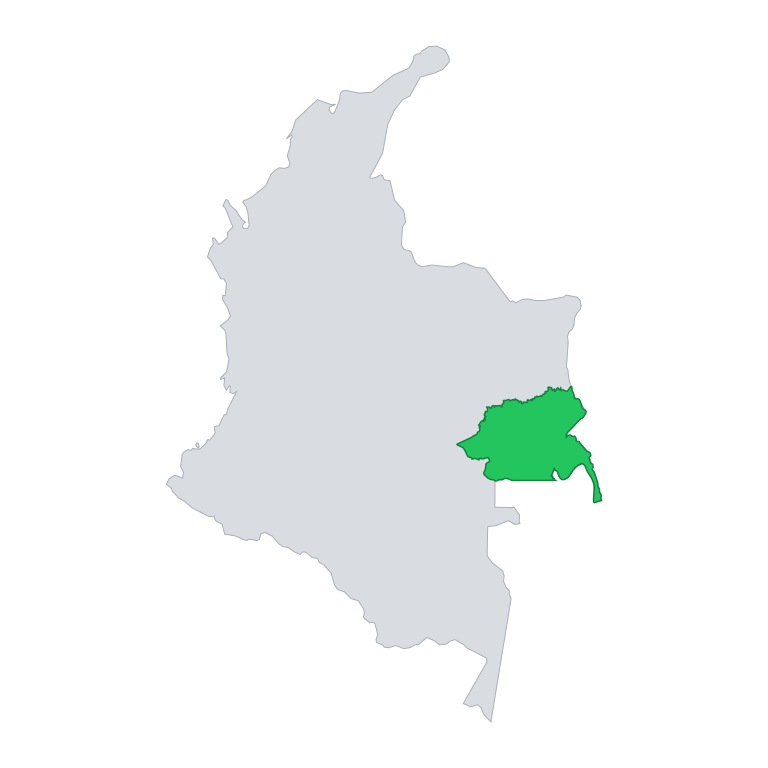 Colombia, with Guainía highlighted
{"feature_id": "COL-1424", "entity_name": "Guainía", "entity_type": "Commissiary", "adm_level": 1, "iso_a3": "COL", "parent_name": "Colombia", "parent_adm1": "", "projection": "robinson", "projection_center": [-68.772, 2.606], "detail": "fine", "context": "in_parent", "style": "filled", "palette": "green", "viewbox_px": 768, "rotation_deg": 0, "n_neighbors": 0, "source": "natural_earth", "source_scale": "10m", "svg_char_len": 9758}
<svg xmlns="http://www.w3.org/2000/svg" viewBox="0 0 768 768"><path d="M442.9,69.2L435.2,72.8L420.2,77.1L409.8,96.2L402.7,99.5L394.0,110.8L387.6,124.8L382.6,153.2L369.7,177.4L370.8,178.4L375.9,177.4L380.7,174.7L382.4,175.5L384.2,179.8L390.0,180.8L394.6,200.3L403.5,210.3L404.4,214.2L405.6,222.3L402.4,227.2L401.5,245.1L404.2,249.5L410.9,251.3L415.3,262.4L418.0,265.0L422.1,266.7L431.8,265.0L449.4,266.9L453.5,266.6L463.4,262.7L475.9,267.5L485.1,268.2L510.2,301.9L512.7,300.9L515.8,302.8L522.2,299.4L527.7,298.9L534.9,300.5L544.3,300.5L563.4,297.1L566.2,295.1L576.6,297.1L579.7,299.6L581.2,305.9L580.0,309.7L576.4,313.7L574.4,318.7L574.0,324.8L572.1,329.3L568.8,332.2L567.5,336.5L568.2,342.1L566.4,367.4L567.8,369.5L569.0,379.9L573.3,393.5L575.4,397.4L579.1,400.5L585.9,411.7L584.3,415.4L567.1,432.9L566.3,436.9L569.6,435.3L574.9,436.9L576.7,441.1L589.5,453.3L589.3,457.9L592.9,467.0L592.3,469.1L601.2,495.1L601.5,500.6L594.1,502.1L593.8,484.7L592.8,481.1L584.4,465.6L582.7,464.3L577.1,466.1L567.8,477.6L563.5,479.3L560.0,477.7L556.6,470.9L554.3,469.6L552.1,475.3L554.9,480.4L514.0,480.4L506.0,478.3L495.0,480.9L494.9,507.2L514.3,507.6L519.6,515.1L519.1,521.3L519.9,523.5L515.3,524.7L508.5,520.6L496.5,525.5L487.7,526.7L487.1,555.8L492.4,563.0L502.7,570.8L504.2,576.1L503.5,581.1L506.0,587.4L509.3,590.7L509.3,594.4L511.1,598.6L490.9,721.9L483.7,714.4L481.0,707.6L477.5,704.8L470.7,706.9L463.3,703.5L487.0,661.7L486.2,657.9L466.4,647.7L464.4,645.1L455.0,639.6L449.8,641.2L446.8,644.0L439.6,644.8L433.8,640.4L426.9,637.5L418.6,644.5L416.1,644.4L410.2,647.5L403.9,648.7L395.7,645.5L389.0,647.7L384.4,647.2L382.6,645.0L376.7,642.5L376.1,639.7L377.7,634.5L375.2,624.4L374.2,622.7L369.7,622.5L364.5,618.8L363.4,616.6L364.5,612.5L363.5,608.9L358.4,600.8L351.3,598.7L344.4,591.9L337.6,589.5L334.4,584.7L331.4,573.7L324.3,565.2L319.3,562.3L317.6,558.3L312.5,557.8L305.6,552.2L302.5,551.9L300.3,554.5L293.9,551.7L288.4,547.6L282.7,546.5L279.0,544.0L272.3,536.2L265.0,532.4L260.8,533.7L259.4,539.6L257.0,540.6L248.6,539.1L247.2,540.4L245.0,540.1L234.8,535.8L224.7,534.2L222.2,524.4L215.7,520.8L213.8,516.2L209.2,516.7L192.0,507.8L184.9,501.6L178.8,498.1L172.4,491.2L171.4,488.4L166.5,484.3L168.9,479.1L174.8,475.2L182.6,478.2L183.5,472.2L180.7,466.8L182.1,454.6L184.1,451.9L188.4,449.5L191.0,450.4L192.7,448.4L199.0,449.3L200.9,448.4L205.7,443.6L207.8,439.6L210.0,440.0L215.1,433.4L214.3,426.9L219.1,425.4L224.2,414.7L226.4,414.4L227.6,409.3L236.5,391.5L233.2,393.6L229.8,392.3L230.3,386.3L229.3,385.6L226.4,390.2L223.9,385.5L224.6,377.9L220.6,379.4L220.8,377.6L226.6,371.8L229.0,358.7L227.1,354.0L226.0,334.3L225.0,330.6L220.3,325.7L227.8,320.0L230.5,315.8L227.2,307.1L222.7,299.7L222.6,295.3L225.3,295.7L226.4,283.5L223.9,278.9L220.8,278.8L211.0,260.8L207.5,257.0L210.2,248.4L213.2,244.6L212.6,238.0L214.6,238.3L218.8,244.3L220.6,243.4L227.3,237.7L227.5,232.4L232.9,226.9L225.4,208.5L222.9,205.6L226.0,199.7L227.7,200.0L230.6,205.8L235.3,209.6L242.2,219.8L245.2,222.1L243.0,224.4L242.5,226.9L243.5,228.2L247.5,228.6L249.1,225.7L248.0,213.2L246.4,207.0L242.8,202.5L244.0,200.7L251.1,197.6L265.8,185.7L270.9,174.5L274.8,170.4L279.2,167.8L284.5,168.4L288.7,167.0L289.9,163.4L287.3,155.7L290.4,145.0L290.3,139.6L292.4,136.4L291.7,135.1L286.3,138.9L291.9,131.4L295.8,119.9L317.3,99.7L331.2,104.6L335.6,104.3L329.8,106.8L329.0,109.7L331.0,112.8L333.1,113.7L334.9,111.7L339.6,99.9L340.3,93.4L342.4,91.1L345.4,90.3L359.0,93.1L371.9,92.2L393.0,75.3L408.9,68.1L412.9,61.2L413.9,56.0L416.8,53.9L419.8,53.9L421.7,51.1L428.9,46.6L436.8,46.1L445.0,50.0L448.8,57.0L449.4,61.7L442.9,69.2ZM199.2,447.1L198.3,448.0L196.4,446.4L195.8,444.4L196.9,442.9L198.4,443.4L199.2,447.1Z" fill="#d9dde1" stroke="#a8b0b8" stroke-width="1"/><path d="M594.7,502.6L593.9,502.5L593.6,501.5L593.5,499.3L594.4,487.7L594.1,485.1L592.8,480.8L591.4,477.7L587.5,471.8L586.7,470.1L585.5,466.9L584.8,465.4L583.9,464.4L583.3,464.1L581.8,463.5L581.3,463.4L580.9,463.6L580.3,464.4L580.0,464.5L578.7,464.7L578.1,465.2L577.2,466.1L575.8,466.9L573.0,470.2L568.7,476.7L567.6,477.8L566.2,478.7L565.0,479.2L563.8,479.6L562.5,479.6L561.3,479.2L560.1,478.1L559.1,476.5L558.4,474.8L557.6,472.2L557.2,471.4L556.7,470.8L555.9,470.5L555.1,470.3L554.9,470.2L554.6,469.9L554.5,469.6L554.5,468.7L554.3,468.5L554.0,468.8L551.9,474.8L551.2,476.0L551.4,476.2L552.3,476.3L552.7,476.8L552.6,477.7L552.7,478.4L554.0,478.5L554.3,478.7L554.4,479.0L554.4,479.5L554.5,479.8L554.8,480.0L555.4,480.4L512.8,480.4L511.3,480.2L508.6,478.9L506.0,478.3L504.6,478.4L502.2,479.7L500.7,479.8L499.9,479.7L499.3,479.7L498.7,479.8L497.2,480.7L496.5,480.9L495.3,480.9L494.0,480.1L492.4,479.6L490.7,479.5L489.6,479.0L487.8,478.0L484.0,474.4L483.8,473.7L483.8,473.0L485.4,468.8L485.7,466.7L485.9,464.1L487.0,463.1L488.4,462.1L488.7,461.7L489.6,461.1L489.8,460.4L489.8,460.2L488.9,459.0L488.3,457.8L487.8,457.4L487.4,457.4L487.0,457.8L486.4,458.0L485.3,457.9L484.9,458.0L484.7,458.4L484.5,458.5L484.2,458.5L483.9,458.5L482.8,458.9L482.0,458.9L481.6,458.7L481.4,458.5L481.1,458.3L480.7,458.4L480.0,458.6L479.4,458.6L479.2,458.7L479.2,459.0L479.2,459.3L479.1,459.7L478.7,459.9L478.3,459.7L477.4,459.1L477.0,459.1L475.0,458.4L474.5,458.4L473.5,458.7L473.3,458.9L472.0,459.1L471.9,458.3L471.6,457.9L471.3,457.7L471.0,457.7L468.5,456.9L467.8,456.3L467.4,455.8L466.9,454.6L465.4,451.3L463.7,448.5L462.9,447.6L462.1,447.1L461.2,446.8L459.4,445.8L457.4,445.0L457.1,444.7L457.1,444.3L457.6,443.9L471.7,437.3L472.9,436.2L475.9,434.7L476.8,434.2L477.2,433.6L477.4,432.6L477.7,432.2L479.6,430.9L479.8,430.1L479.8,429.2L479.6,428.4L479.3,427.7L479.2,427.3L479.3,427.1L480.1,426.7L480.3,426.4L480.2,426.0L479.9,425.7L479.5,425.5L478.7,425.4L478.6,425.1L478.7,424.9L479.4,424.4L480.0,423.1L480.7,422.1L481.2,421.6L482.1,421.1L482.2,420.7L482.4,420.6L482.5,420.6L483.0,421.1L483.3,421.2L483.8,421.0L483.9,420.5L483.8,420.0L483.8,419.5L483.9,419.3L484.1,419.3L484.2,419.6L484.5,420.3L484.7,420.5L485.0,420.2L485.2,419.7L485.1,419.2L484.5,418.1L484.6,417.3L484.8,417.1L485.4,417.0L485.5,416.8L485.4,416.4L485.1,415.9L484.6,415.5L484.3,415.0L484.2,414.4L484.7,413.8L485.0,413.4L485.2,412.9L485.3,412.7L485.4,411.6L486.8,411.7L487.2,411.3L487.5,409.5L487.7,408.9L486.9,407.6L486.7,407.2L487.4,407.0L488.4,407.0L489.3,407.1L489.6,407.4L489.8,407.6L490.2,407.8L491.0,408.1L491.9,406.4L492.3,406.0L492.7,405.7L493.4,405.6L493.7,405.7L494.0,406.2L494.4,407.0L494.7,406.6L495.0,405.9L495.6,405.8L498.1,405.9L499.0,405.7L499.6,405.5L500.2,405.5L500.9,406.1L501.5,406.7L501.9,406.9L502.1,406.5L502.2,404.4L502.5,404.0L502.9,404.0L503.5,403.4L503.7,401.8L503.6,401.4L503.4,401.1L503.5,400.7L503.8,400.5L504.5,400.4L505.1,400.5L505.9,400.4L506.7,400.3L507.8,399.7L508.5,399.5L509.0,399.7L509.7,400.5L510.0,400.7L510.3,400.5L510.9,400.3L511.7,400.1L513.0,399.6L513.8,399.7L514.4,400.2L514.6,400.1L514.7,399.5L515.0,399.1L515.4,399.0L515.9,399.2L516.2,399.8L516.4,400.1L516.8,400.1L517.3,400.1L517.5,400.1L517.9,400.7L518.6,401.0L518.8,401.1L518.8,401.4L518.8,401.9L518.9,402.1L519.1,402.0L520.0,401.3L520.4,401.2L520.7,401.4L521.4,401.9L521.6,401.9L521.5,403.1L521.7,403.3L521.9,403.6L522.2,403.8L522.7,403.6L523.1,403.3L523.5,402.3L524.0,402.0L524.4,402.2L526.8,402.5L527.2,402.2L527.2,400.6L527.4,400.0L527.6,399.8L527.9,399.8L528.3,400.0L528.4,400.4L528.7,400.6L529.2,400.6L530.5,399.9L530.8,399.7L531.2,400.0L531.6,400.6L532.4,400.5L532.4,399.8L532.2,399.0L532.7,398.6L534.1,398.9L534.6,398.7L534.7,398.2L534.7,397.2L535.8,397.0L536.6,396.2L537.0,396.3L537.6,396.6L538.2,396.8L539.3,396.7L539.8,396.4L540.1,396.0L540.5,395.8L540.9,395.8L541.3,396.1L541.7,396.3L541.9,396.1L542.1,395.4L542.6,394.8L543.1,394.3L544.3,394.0L544.4,393.6L544.8,393.2L545.2,393.1L545.5,393.1L545.2,392.6L545.1,392.0L545.3,391.5L546.0,391.4L547.6,391.3L547.9,391.1L548.0,390.4L548.3,389.8L548.6,389.3L548.5,388.8L548.0,388.2L548.0,387.5L548.5,387.2L549.3,387.2L550.8,387.5L551.6,387.9L551.8,388.7L551.9,389.7L552.2,390.3L553.6,389.4L554.5,389.1L554.9,389.6L554.7,390.0L554.5,390.4L554.4,390.8L554.6,391.1L555.1,391.2L555.6,390.9L556.4,389.9L556.7,389.4L557.1,388.4L557.4,387.9L557.9,387.8L558.2,388.1L558.8,389.2L559.5,389.8L559.9,389.5L560.7,388.0L560.9,388.6L561.0,390.1L561.2,390.6L561.6,390.6L562.1,390.4L563.0,389.7L564.3,390.5L565.6,391.1L567.0,391.1L568.5,389.9L570.2,387.1L570.7,386.7L571.3,386.4L571.6,386.5L571.9,387.5L572.0,390.0L572.2,390.9L573.6,393.7L573.9,394.7L574.1,396.7L574.4,397.6L575.0,398.5L575.7,398.9L576.4,398.9L577.0,398.8L577.8,398.7L579.1,399.4L580.1,401.0L582.5,408.1L583.0,408.9L583.6,409.3L584.9,409.9L586.1,411.3L585.9,413.0L585.0,414.7L582.8,417.7L582.4,418.1L582.0,418.2L581.2,418.4L580.8,418.6L567.0,433.1L566.4,434.3L566.4,437.1L566.9,436.6L567.2,436.0L567.5,435.5L568.2,435.3L569.0,435.4L569.4,435.3L570.1,434.9L570.4,435.1L570.8,435.6L572.3,436.4L573.2,436.6L573.9,436.3L574.6,436.1L575.2,436.7L575.7,437.6L576.0,438.3L576.2,440.2L576.4,441.1L576.8,441.4L578.4,441.5L579.1,441.7L579.6,442.2L579.8,442.6L580.0,443.3L580.1,443.6L580.5,443.9L581.2,444.3L581.5,444.9L582.1,445.7L582.2,445.9L582.7,446.0L582.9,446.4L583.3,447.3L583.7,447.6L584.5,448.1L584.8,448.4L585.4,449.8L585.7,450.0L586.1,450.2L586.5,450.5L587.1,451.3L587.5,451.5L588.7,451.9L589.9,452.8L590.2,453.1L590.3,453.5L590.4,454.3L590.6,454.6L590.8,455.4L590.3,456.3L589.6,457.0L589.2,457.5L589.2,458.3L589.8,459.8L590.1,461.1L590.6,462.8L591.0,463.4L591.5,463.7L592.1,463.9L592.7,464.2L592.9,464.9L593.0,467.1L592.9,467.8L592.2,468.9L592.3,469.4L592.8,470.2L593.1,470.7L593.7,471.2L593.9,471.6L594.0,472.0L594.6,473.4L597.7,482.6L597.8,483.5L597.8,485.3L597.9,486.1L598.3,487.0L599.1,488.4L599.4,489.3L599.5,490.2L599.3,491.8L599.4,492.4L600.5,493.6L600.9,494.4L601.2,495.4L601.2,496.4L600.6,497.9L600.8,498.9L601.5,500.6L600.1,500.9L594.7,502.6Z" fill="#22c55e" stroke="#15803d" stroke-width="1.5"/></svg>